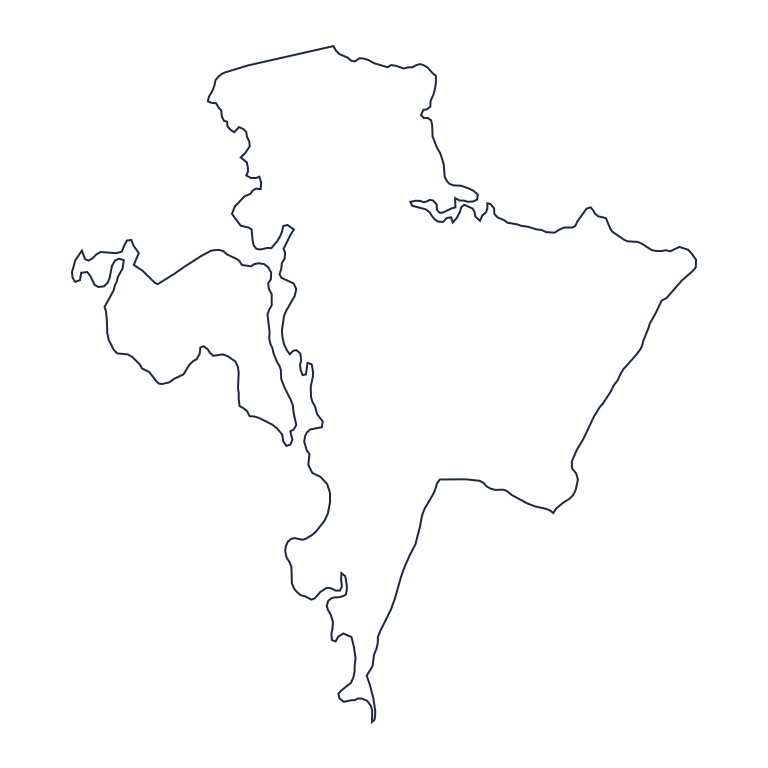 the district of Kisauni, Coast, Kenya
{"feature_id": "3690345B29559403317261", "entity_name": "Kisauni", "entity_type": "district", "adm_level": 2, "iso_a3": "KEN", "parent_name": "Kenya", "parent_adm1": "Coast", "projection": "equal_earth", "projection_center": [39.676, -3.982], "detail": "fine", "context": "isolated", "style": "outline", "palette": "slate", "viewbox_px": 768, "rotation_deg": 0, "n_neighbors": 0, "source": "geoboundaries", "source_scale": "gbopen_adm2", "svg_char_len": 6078}
<svg xmlns="http://www.w3.org/2000/svg" viewBox="0 0 768 768"><path d="M335.9,50.6L333.4,46.1L248.5,65.3L225.0,72.4L221.8,73.9L218.7,76.4L215.6,79.9L214.5,85.2L212.7,90.2L208.9,96.9L207.9,101.3L211.6,102.9L216.1,103.2L218.8,107.9L221.3,110.5L221.8,116.5L223.9,120.8L227.1,121.7L227.4,126.2L230.6,129.9L234.3,132.2L239.0,127.1L243.5,129.1L246.3,132.1L246.9,136.7L249.1,141.1L249.8,146.1L245.3,153.0L240.7,157.4L246.8,162.3L247.8,167.2L248.0,171.6L246.3,175.5L251.0,178.0L256.2,178.0L259.3,176.7L261.1,182.5L260.7,189.1L256.1,188.6L252.8,190.5L250.4,193.8L244.3,196.5L234.9,206.5L231.9,213.8L240.7,225.7L248.5,227.5L251.6,229.5L252.7,241.3L253.8,245.6L256.3,248.8L260.4,249.5L267.5,247.9L271.3,248.2L277.1,241.3L280.0,236.5L281.9,232.1L283.3,226.0L287.5,225.0L293.9,229.5L290.7,234.4L283.6,248.8L285.1,252.8L284.7,258.4L281.9,263.1L281.2,269.1L279.5,274.2L281.5,277.9L293.6,283.4L296.3,289.0L294.7,296.0L285.9,311.3L284.0,316.2L281.9,330.7L282.5,337.4L284.0,344.2L286.8,350.1L289.7,354.3L293.1,350.9L296.3,350.1L300.3,353.4L301.2,360.3L300.0,365.2L300.8,370.5L302.6,375.1L305.9,374.4L307.5,362.9L311.7,364.3L313.1,371.8L312.8,377.1L310.7,386.6L311.1,397.3L312.4,401.7L315.1,406.6L317.0,413.9L322.7,421.4L321.9,427.2L310.0,429.5L306.8,432.6L305.1,436.2L304.2,441.6L306.8,450.4L309.5,454.1L308.3,464.8L312.3,472.9L320.7,477.0L327.2,484.2L330.0,492.8L330.0,502.3L327.9,513.5L324.4,520.9L316.3,531.2L312.9,534.4L305.8,538.8L302.6,539.8L294.8,538.1L291.4,538.8L287.9,541.6L286.1,545.7L285.1,550.9L286.5,557.3L289.6,562.3L291.4,567.1L291.9,583.3L293.9,588.1L296.3,591.4L300.7,595.2L305.1,596.3L311.4,599.6L314.7,598.4L320.3,592.0L326.8,587.8L331.2,588.3L335.5,590.6L339.9,590.6L341.9,586.3L341.1,580.2L341.4,573.1L345.3,576.2L346.8,585.5L346.8,590.1L345.8,594.7L342.7,596.3L338.3,597.3L334.6,597.3L331.4,598.3L328.3,600.7L326.8,605.8L327.9,609.8L330.7,614.7L333.0,621.8L332.4,629.2L331.4,634.1L331.9,640.0L335.6,641.5L338.3,636.6L343.4,633.5L351.5,637.1L353.9,646.9L355.6,658.4L354.6,665.7L354.6,671.6L353.5,677.0L351.0,682.8L341.2,690.6L338.4,693.6L339.5,698.5L343.9,701.8L351.5,700.2L354.6,700.2L357.8,698.5L361.9,698.5L367.1,700.8L371.1,706.1L372.2,711.0L372.0,721.9L374.5,719.8L375.2,714.7L375.2,710.4L373.3,698.2L370.0,685.2L366.7,675.7L372.5,666.1L374.1,654.4L376.5,648.7L377.7,643.5L378.0,636.8L380.2,631.2L390.9,609.6L394.8,598.8L401.0,577.0L404.2,567.8L409.7,555.3L415.4,544.3L420.0,526.6L421.7,517.1L422.8,513.3L424.8,508.3L432.3,495.7L434.8,490.6L437.0,483.5L439.8,479.5L465.8,479.3L479.6,480.8L483.6,482.9L486.5,486.3L490.7,488.7L495.4,489.9L503.1,489.7L506.6,490.8L512.1,495.2L526.8,503.2L535.4,506.5L546.3,508.9L550.5,510.7L553.2,513.1L556.2,508.5L563.0,502.8L568.6,499.4L573.0,495.4L575.8,489.6L577.9,479.6L576.2,473.5L572.0,468.4L571.8,461.5L576.9,449.7L583.4,438.9L594.1,416.2L600.1,406.6L602.6,404.0L610.6,391.8L614.0,385.0L617.7,380.3L619.8,375.4L622.9,369.8L636.1,355.0L639.8,350.1L641.8,346.5L643.3,340.9L648.6,327.7L649.7,323.8L654.9,314.6L661.7,300.5L666.6,298.0L681.7,280.6L692.8,270.9L695.8,267.3L696.0,259.7L691.9,253.9L688.2,249.8L679.4,246.9L670.2,251.3L665.8,250.2L662.1,251.0L657.0,251.1L651.9,250.2L642.1,243.8L637.7,241.9L627.4,241.3L624.2,239.8L612.2,231.6L609.9,227.8L605.9,218.1L598.2,216.3L595.0,213.5L593.0,210.1L590.6,207.3L586.6,208.6L577.4,221.4L575.3,226.0L572.3,227.5L564.2,227.5L559.0,229.8L554.7,232.7L546.2,232.1L541.4,229.9L536.9,229.5L528.1,226.8L521.1,225.8L517.4,224.4L507.4,222.7L504.2,220.2L497.4,217.3L494.3,213.8L494.1,208.2L490.5,204.1L487.3,203.3L487.4,208.4L485.9,212.4L482.3,215.5L480.0,220.8L475.4,216.6L474.7,212.4L472.7,208.6L464.2,204.8L461.4,206.9L459.9,212.0L456.8,217.9L452.8,222.5L451.0,217.3L446.6,218.1L443.1,221.9L438.3,221.7L434.7,219.3L431.9,216.0L429.8,212.4L425.4,209.2L412.2,205.8L410.4,201.8L415.9,200.7L420.3,200.9L423.4,202.2L426.6,201.5L429.8,199.9L433.0,200.5L436.7,204.5L436.9,209.8L439.5,212.7L442.7,212.7L451.5,208.4L455.4,207.4L455.1,198.1L459.6,200.5L463.5,200.5L467.9,201.8L473.0,201.5L477.0,199.7L477.9,194.6L473.5,190.8L468.6,188.4L461.0,185.7L453.5,185.4L449.1,183.6L446.6,180.5L444.7,176.9L443.8,164.9L442.4,159.8L440.3,153.5L437.1,147.9L432.6,136.6L432.2,125.6L431.1,120.2L427.6,118.0L423.9,118.0L421.0,115.1L423.4,109.8L426.6,109.5L430.3,106.7L430.6,100.8L433.4,94.7L435.0,88.8L435.9,82.7L435.9,75.9L431.9,72.5L427.7,67.6L423.4,65.1L420.3,64.1L416.4,65.1L412.2,67.4L408.2,67.3L403.8,68.5L396.0,65.8L391.1,65.1L387.5,67.2L374.0,63.2L368.3,60.0L363.9,58.6L359.7,58.2L354.9,61.3L351.3,60.8L347.7,57.6L339.3,54.1L335.9,50.6ZM75.3,260.3L72.0,272.2L72.5,277.4L75.1,281.9L80.0,280.1L81.2,272.8L87.2,272.0L90.5,276.3L94.7,285.0L98.4,287.0L104.0,286.3L107.7,282.7L109.6,278.1L111.9,266.1L114.9,260.7L118.9,258.7L123.8,260.1L122.6,268.5L117.9,276.8L116.8,281.4L114.7,286.0L113.6,290.4L104.5,307.0L106.0,311.3L106.9,321.5L107.3,333.2L108.8,340.2L114.0,350.1L117.2,353.4L127.7,354.4L132.1,356.8L139.6,364.2L142.1,368.5L149.2,372.0L156.4,381.2L158.9,383.6L162.1,384.0L168.8,382.5L174.4,378.7L183.6,374.3L189.2,364.9L193.2,361.1L196.5,359.3L199.7,353.7L200.4,347.6L203.6,346.2L207.5,349.1L210.0,352.9L213.2,355.8L222.9,354.4L228.0,356.3L235.5,361.6L237.8,366.7L238.7,372.3L238.0,388.2L238.7,392.8L238.7,399.1L239.6,406.1L243.6,408.3L247.1,411.2L249.6,416.2L254.3,416.5L259.2,418.0L272.4,424.7L276.7,428.0L282.3,434.7L283.1,440.8L286.3,445.9L290.3,444.6L292.4,439.8L290.3,431.3L293.6,429.6L296.3,425.0L293.5,412.3L292.8,405.3L290.7,399.7L284.7,387.9L281.2,379.0L280.8,369.8L279.5,365.9L277.0,361.9L273.5,353.1L272.4,348.1L270.3,343.7L269.2,338.3L269.6,332.0L267.5,314.6L269.1,309.8L271.7,305.4L271.7,294.2L268.7,288.6L268.2,283.4L270.8,279.4L271.2,272.5L268.2,267.3L264.0,264.0L258.4,263.3L254.3,264.1L251.2,266.3L241.9,265.0L239.4,261.0L236.6,258.9L227.2,254.5L223.2,251.1L218.9,249.9L214.6,250.1L210.9,250.8L201.5,255.8L184.5,266.7L174.0,274.1L157.6,284.2L154.7,282.7L142.8,270.9L133.8,264.9L138.8,253.1L133.4,245.5L131.4,240.0L126.9,240.5L124.5,244.9L121.8,251.6L116.2,253.2L100.7,252.0L96.3,254.4L92.4,258.5L88.4,260.6L85.1,259.2L81.9,250.6L75.3,260.3Z" fill="none" stroke="#1e293b" stroke-width="2"/></svg>